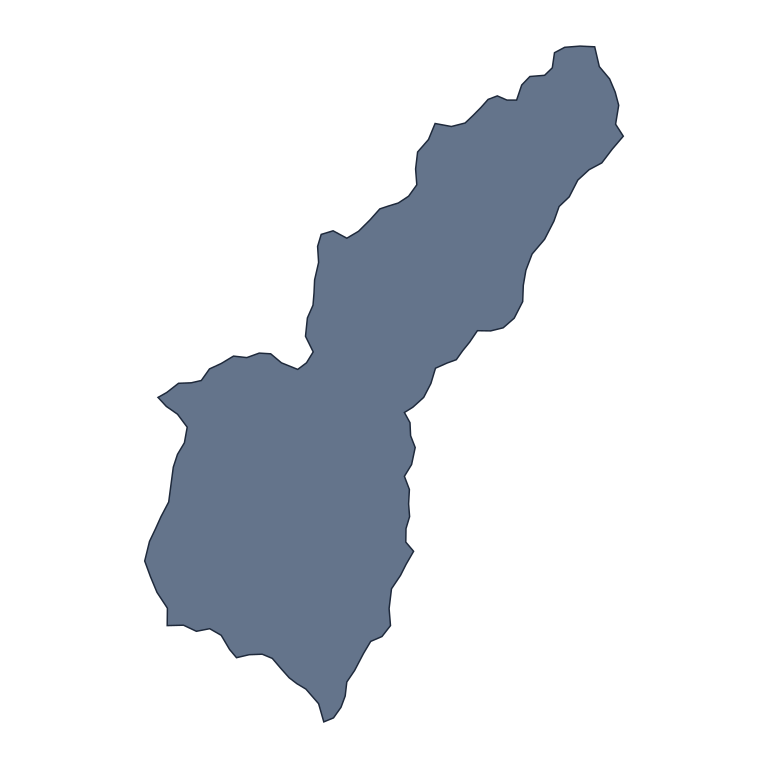 Vieiras, Minas Gerais, Brazil
{"feature_id": "56859067B62398779566024", "entity_name": "Vieiras", "entity_type": "district", "adm_level": 2, "iso_a3": "BRA", "parent_name": "Brazil", "parent_adm1": "Minas Gerais", "projection": "natural_earth1", "projection_center": [-42.278, -20.911], "detail": "fine", "context": "isolated", "style": "filled", "palette": "slate", "viewbox_px": 768, "rotation_deg": 0, "n_neighbors": 0, "source": "geoboundaries", "source_scale": "gbopen_adm2", "svg_char_len": 1787}
<svg xmlns="http://www.w3.org/2000/svg" viewBox="0 0 768 768"><path d="M601.8,162.9L612.2,149.2L623.3,136.2L615.6,124.2L618.7,105.3L615.2,92.1L609.6,78.9L599.3,66.6L594.7,46.8L580.0,46.1L564.7,47.3L554.5,52.7L552.3,67.8L544.6,75.3L529.9,76.5L521.7,85.0L516.6,100.1L507.0,100.1L497.3,95.9L488.1,99.4L481.0,107.4L472.8,115.7L465.1,123.0L451.4,126.5L435.1,123.5L428.5,139.5L417.6,152.0L415.6,169.0L416.8,184.8L408.6,196.2L398.3,203.0L389.1,205.8L379.8,208.9L369.9,220.0L358.5,231.3L346.8,238.2L333.1,230.8L321.2,234.4L317.6,246.4L318.6,262.5L314.6,279.9L314.0,293.1L313.0,305.2L307.4,317.9L305.5,336.3L313.2,351.9L306.5,362.8L297.7,369.4L281.4,362.8L270.7,353.8L259.2,353.1L246.8,357.6L233.5,356.1L221.2,363.5L209.5,368.9L201.3,380.5L191.2,382.8L178.5,383.3L166.7,392.5L158.0,397.4L166.3,406.4L177.5,414.2L187.2,427.2L184.4,442.8L177.5,454.3L173.3,467.1L171.3,482.2L168.7,502.0L161.0,516.6L155.6,528.6L149.5,541.4L144.7,561.0L150.5,576.8L157.0,592.4L167.4,608.2L167.2,625.6L183.5,625.2L196.4,631.3L209.7,628.7L221.2,635.3L229.6,649.5L236.5,657.7L249.2,654.7L262.2,654.2L272.3,658.4L281.0,668.6L289.2,677.8L296.9,683.7L305.9,689.1L318.6,703.7L323.8,721.9L333.5,717.9L341.0,707.3L345.2,696.0L346.8,682.0L354.6,670.5L363.5,653.5L370.7,641.4L382.0,636.5L390.5,625.6L389.1,608.6L391.5,588.8L400.5,575.4L406.0,564.5L413.6,551.3L405.8,542.1L406.0,528.6L409.6,516.6L408.6,503.9L409.4,489.5L404.4,476.3L411.6,464.5L415.2,447.5L410.6,435.7L410.0,422.7L404.4,412.5L413.0,407.1L423.7,397.4L430.9,383.5L435.5,368.2L447.2,363.0L456.3,359.7L462.7,350.7L469.6,342.2L477.4,330.7L490.7,330.9L503.2,327.8L514.2,318.2L522.7,301.6L523.3,285.4L525.9,270.3L532.1,254.0L544.6,239.3L553.9,221.2L559.1,206.5L569.2,196.9L577.8,180.1L589.1,169.7L601.8,162.9Z" fill="#64748b" stroke="#1e293b" stroke-width="1.5"/></svg>